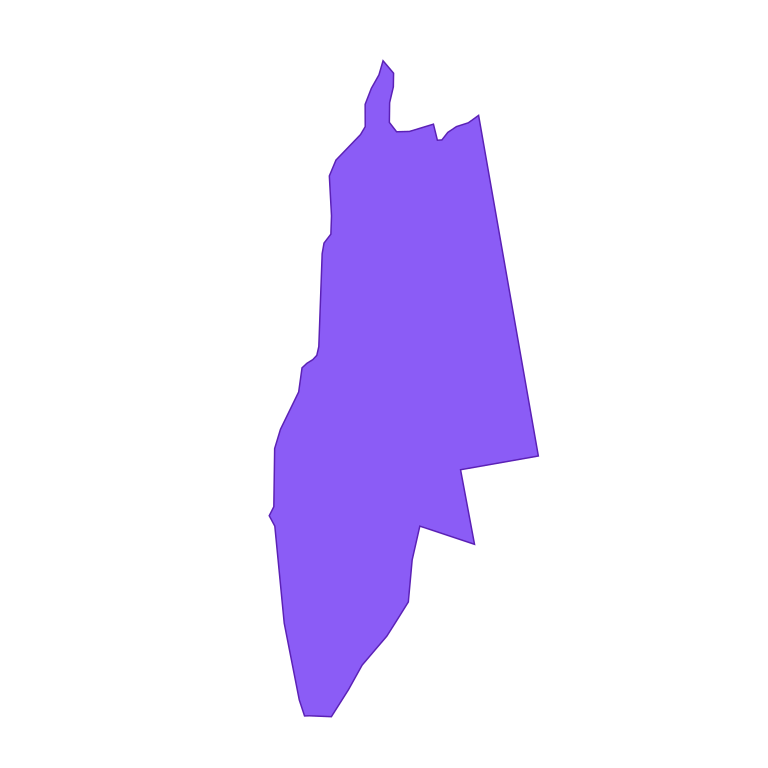 the border of Al Wakrah, rotated 170°
{"feature_id": "QAT-1101", "entity_name": "Al Wakrah", "entity_type": "Municipality", "adm_level": 1, "iso_a3": "QAT", "parent_name": "Qatar", "parent_adm1": "", "projection": "equal_earth", "projection_center": [51.437, 24.907], "detail": "fine", "context": "isolated", "style": "filled", "palette": "violet", "viewbox_px": 768, "rotation_deg": 170, "n_neighbors": 0, "source": "natural_earth", "source_scale": "10m", "svg_char_len": 813}
<svg xmlns="http://www.w3.org/2000/svg" viewBox="0 0 768 768"><g transform="rotate(170 384 384)"><path d="M519.9,70.9L522.3,87.6L523.8,165.7L516.2,263.0L519.9,274.2L513.8,282.3L502.9,339.4L493.8,357.4L469.4,391.0L461.9,414.2L456.3,417.8L449.8,420.4L445.2,423.9L441.7,432.2L423.3,518.2L422.3,523.0L418.6,533.2L410.3,540.8L406.5,558.7L401.7,598.4L392.4,612.9L363.8,633.7L357.8,640.7L354.0,662.7L345.1,677.4L335.3,689.3L328.8,702.5L320.6,688.4L323.2,675.0L329.6,660.1L333.3,640.7L327.8,630.2L315.1,628.3L290.2,631.3L289.1,614.8L284.6,614.3L277.5,620.7L268.0,624.9L255.6,626.6L244.2,632.1L244.5,286.3L323.5,286.3L322.7,210.4L373.4,237.8L386.8,205.9L397.9,165.1L414.4,146.8L425.0,135.2L437.0,125.3L454.4,110.9L472.0,89.2L493.6,65.5L515.0,70.2L519.9,70.9Z" fill="#8b5cf6" stroke="#5b21b6" stroke-width="1.5"/></g></svg>